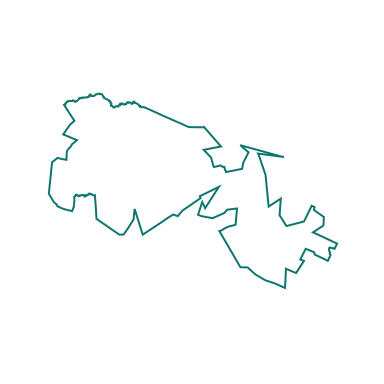 Canelas, Durango, Mexico, rotated 26°
{"feature_id": "50627088B77735288165812", "entity_name": "Canelas", "entity_type": "district", "adm_level": 2, "iso_a3": "MEX", "parent_name": "Mexico", "parent_adm1": "Durango", "projection": "orthographic", "projection_center": [-106.573, 25.072], "detail": "fine", "context": "isolated", "style": "outline", "palette": "teal", "viewbox_px": 384, "rotation_deg": 26, "n_neighbors": 0, "source": "geoboundaries", "source_scale": "gbopen_adm2", "svg_char_len": 5555}
<svg xmlns="http://www.w3.org/2000/svg" viewBox="0 0 384 384"><g transform="rotate(26 192 192)"><path d="M83.9,263.6L92.6,261.8L92.3,257.4L90.1,251.4L88.3,248.1L88.4,247.4L88.8,247.2L88.8,246.9L89.1,246.6L89.0,246.2L88.7,246.0L88.8,245.5L89.0,245.1L89.4,244.9L90.3,245.0L90.8,245.2L91.3,245.1L91.6,245.3L91.7,245.6L91.9,245.6L92.0,245.4L92.2,245.1L92.5,245.0L92.9,244.7L93.0,243.9L93.4,243.9L93.9,243.4L94.2,243.2L95.2,242.4L95.9,242.3L96.4,242.5L96.6,242.9L96.9,243.1L97.4,243.2L97.7,243.0L97.7,242.8L97.7,242.2L97.5,241.9L97.4,241.6L97.5,241.5L97.8,241.5L98.9,241.7L99.0,241.6L99.1,241.1L99.2,240.8L99.2,240.4L99.2,240.2L99.4,240.1L99.7,240.0L100.1,239.9L100.2,239.7L100.3,239.4L100.2,238.8L100.2,238.7L100.4,238.7L100.9,238.9L101.0,238.8L101.0,238.7L101.1,238.4L101.3,238.4L101.3,238.1L101.5,238.1L102.1,238.1L102.4,238.0L103.1,238.0L103.7,238.1L104.0,238.3L104.5,238.4L105.1,238.3L105.3,238.2L106.1,237.4L112.8,248.9L117.9,258.0L145.3,262.2L149.1,260.3L150.5,252.1L151.5,242.3L147.9,232.4L166.4,251.9L177.3,233.5L182.5,224.3L183.3,223.3L184.9,220.5L189.8,219.9L191.5,213.0L202.4,193.8L200.9,192.3L213.9,175.6L210.9,200.8L205.6,196.5L207.4,209.8L210.9,209.6L222.0,206.5L230.2,196.8L231.3,192.6L235.3,189.9L239.7,187.1L245.5,202.4L240.2,206.9L237.7,209.8L235.3,213.7L233.7,215.1L268.5,238.4L275.0,235.4L285.1,238.3L296.6,239.2L306.9,237.8L317.6,237.5L315.9,233.2L310.1,219.8L321.1,219.2L322.8,204.8L318.9,205.2L319.1,193.2L328.3,192.6L329.5,194.4L344.2,194.3L344.2,188.0L343.9,187.9L343.7,187.7L343.2,187.4L342.8,187.0L342.5,186.4L342.6,185.9L342.0,185.4L341.7,185.1L340.9,184.6L340.4,184.0L340.1,183.0L340.0,182.7L339.9,181.8L340.4,181.4L340.7,181.2L340.9,181.3L341.2,181.4L341.5,181.4L342.3,181.2L342.9,180.7L343.1,180.6L343.4,180.7L343.6,180.8L343.9,180.8L344.7,180.7L345.0,180.6L345.0,174.8L318.5,175.2L324.8,164.5L321.5,156.7L309.4,154.7L308.9,151.9L305.6,151.9L305.6,169.4L291.8,181.2L280.9,174.5L274.7,159.0L267.3,171.5L250.6,144.4L235.2,128.9L234.6,128.5L259.4,120.2L256.5,121.0L214.8,128.8L225.4,131.5L225.2,143.0L226.9,149.2L213.8,159.2L213.4,158.9L212.9,158.0L212.7,157.8L212.0,157.6L211.7,157.3L211.1,156.7L210.5,155.6L210.3,155.4L210.1,155.3L209.8,155.3L209.2,155.8L208.3,155.9L207.5,155.9L206.9,155.7L206.4,155.7L206.0,155.6L202.2,158.8L200.6,160.0L193.9,152.6L184.0,149.0L198.1,138.4L174.1,128.2L173.8,128.9L160.9,135.0L134.2,136.1L112.8,136.7L112.6,136.8L112.4,136.8L111.8,136.7L111.5,136.9L111.1,137.0L110.9,137.2L110.5,137.4L110.3,137.5L109.8,137.8L109.5,137.9L108.9,137.7L108.4,137.6L108.1,137.7L108.0,137.9L107.9,137.9L107.8,138.1L107.7,138.0L107.2,137.9L106.6,137.7L106.4,137.5L106.5,137.4L106.3,137.4L106.2,137.3L105.9,137.2L105.7,137.0L105.6,136.9L105.4,137.0L105.0,136.9L104.8,136.9L103.3,136.6L102.9,136.7L102.3,136.8L101.8,136.8L101.6,136.8L101.5,137.0L101.1,137.0L100.8,136.8L100.8,136.4L100.8,136.2L100.5,136.1L100.2,136.2L100.1,136.3L99.9,136.4L99.8,136.8L99.6,136.9L99.6,137.2L100.1,137.8L100.0,138.3L99.7,138.6L99.3,138.7L99.3,138.8L99.3,139.0L99.1,139.3L98.9,139.2L98.5,138.7L98.1,138.8L97.2,138.7L96.7,138.8L96.7,139.0L96.3,139.2L96.0,139.1L95.8,139.6L95.6,139.9L95.2,139.9L94.8,139.6L94.7,139.6L94.3,140.2L94.3,140.5L94.3,141.2L94.4,141.6L94.3,141.9L94.0,142.1L93.3,142.1L93.2,142.2L93.2,142.3L93.3,142.7L93.3,142.9L93.0,143.0L92.6,143.0L91.7,143.3L91.2,143.3L90.7,143.0L90.5,143.3L90.6,143.6L90.5,143.8L90.4,143.9L90.2,143.9L89.9,143.6L89.7,143.5L89.2,143.8L88.7,144.1L88.8,144.3L88.9,144.6L89.5,145.0L89.4,145.3L89.1,145.3L88.3,146.1L88.1,146.2L88.0,146.4L88.1,146.7L88.4,147.2L88.4,147.4L88.0,147.7L87.7,147.7L87.4,147.7L87.2,147.8L86.1,148.2L85.7,148.5L85.5,148.8L85.5,149.0L85.5,149.7L85.0,150.3L84.6,150.4L84.4,150.4L83.5,150.1L83.2,149.9L82.7,149.7L82.3,149.8L81.9,150.0L81.6,150.0L81.3,149.9L81.2,149.7L80.9,149.1L80.9,148.7L81.0,148.5L81.0,148.1L80.8,147.8L80.2,147.5L79.7,147.4L79.1,147.5L78.9,147.3L79.0,146.9L79.2,146.7L78.9,146.4L78.6,146.3L78.3,146.2L78.2,146.3L77.8,146.6L77.6,146.6L77.4,146.5L77.2,146.2L76.9,146.0L76.7,146.0L75.2,145.9L74.8,146.1L74.4,146.2L73.6,146.1L72.6,145.9L72.3,145.9L71.8,146.0L71.3,146.0L71.2,145.9L71.2,145.5L71.1,145.2L70.9,145.0L70.4,144.9L70.2,144.9L69.7,144.7L69.2,144.2L68.8,143.9L68.1,143.7L67.7,143.6L67.3,143.6L67.0,143.8L66.9,144.2L65.8,144.3L65.6,144.6L65.4,144.7L64.9,144.6L64.4,144.9L63.9,145.5L63.8,145.9L63.3,146.1L63.0,146.2L62.7,146.5L62.5,147.6L62.1,147.9L61.9,148.4L61.4,149.0L61.1,149.1L60.8,149.3L60.2,149.4L59.8,149.5L59.6,149.9L59.5,150.0L59.4,150.0L58.7,149.8L58.3,149.7L58.2,149.5L58.3,149.3L58.4,149.0L58.3,148.9L58.2,148.8L57.9,148.8L57.6,148.9L57.5,149.0L57.3,150.3L57.3,150.6L57.5,151.2L57.6,151.6L56.8,152.0L56.6,152.3L56.7,152.5L56.3,152.9L56.0,153.2L54.6,153.7L53.7,154.5L53.0,154.8L52.4,154.9L52.0,155.1L52.0,156.0L51.7,156.2L51.4,156.3L50.5,156.3L49.9,156.5L49.6,156.8L49.5,157.4L49.7,157.6L49.7,158.1L49.4,158.8L49.3,159.3L49.2,159.6L48.8,160.0L48.8,160.3L48.6,160.5L48.2,161.1L47.9,161.5L47.9,161.9L47.6,162.2L47.4,162.2L46.9,162.0L46.4,161.7L45.7,161.7L45.2,161.8L44.7,161.9L44.5,162.3L44.5,162.8L44.4,162.8L42.6,163.6L41.6,163.9L41.3,164.1L41.2,164.3L41.1,164.5L40.9,165.3L40.6,165.4L40.4,165.3L40.2,165.3L40.0,165.5L40.0,165.8L39.9,166.2L39.8,166.7L39.8,166.9L39.8,167.1L39.8,167.5L39.7,167.6L39.3,167.8L39.3,168.1L39.4,168.3L39.7,169.0L39.8,169.1L39.6,169.5L39.0,169.9L55.1,179.6L52.8,185.1L51.0,196.7L61.7,196.1L65.8,195.8L63.3,201.6L62.9,205.1L62.2,206.8L61.9,208.3L61.8,210.7L65.0,218.1L61.7,219.1L56.1,220.4L53.2,226.7L64.1,256.3L72.2,261.6L76.4,262.8L77.2,263.8L83.9,263.6Z" fill="none" stroke="#0f766e" stroke-width="2"/></g></svg>